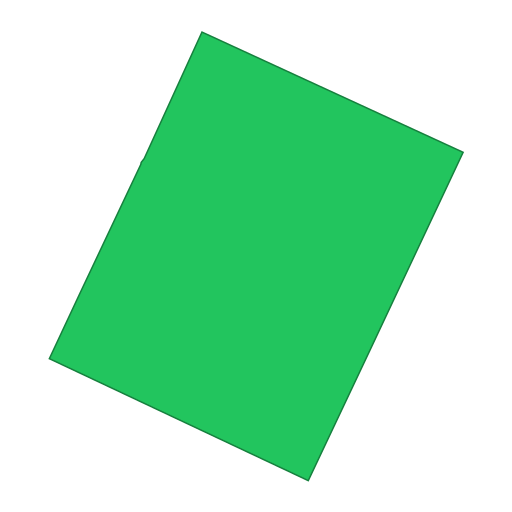 Fayette, Iowa, United States of America, rotated 205°
{"feature_id": "52423323B37143192465063", "entity_name": "Fayette", "entity_type": "district", "adm_level": 2, "iso_a3": "USA", "parent_name": "United States of America", "parent_adm1": "Iowa", "projection": "albers", "projection_center": [-91.797, 42.862], "detail": "fine", "context": "isolated", "style": "filled", "palette": "green", "viewbox_px": 512, "rotation_deg": 205, "n_neighbors": 0, "source": "geoboundaries", "source_scale": "gbopen_adm2", "svg_char_len": 289}
<svg xmlns="http://www.w3.org/2000/svg" viewBox="0 0 512 512"><g transform="rotate(205 256 256)"><path d="M112.9,219.3L112.1,437.5L399.6,436.1L398.5,297.0L399.6,292.3L399.1,290.3L399.8,148.4L399.9,75.6L113.7,74.5L112.9,219.3Z" fill="#22c55e" stroke="#15803d" stroke-width="1.5"/></g></svg>